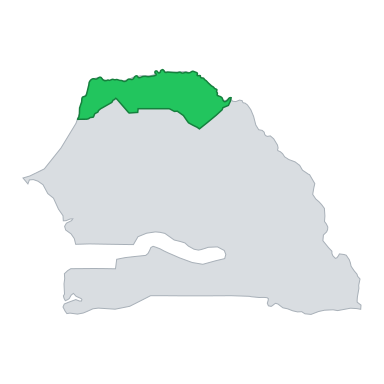 Senegal, with Saint-Louis highlighted
{"feature_id": "SEN-5517", "entity_name": "Saint-Louis", "entity_type": "Region", "adm_level": 1, "iso_a3": "SEN", "parent_name": "Senegal", "parent_adm1": "", "projection": "albers", "projection_center": [-15.156, 16.165], "detail": "fine", "context": "in_parent", "style": "filled", "palette": "green", "viewbox_px": 384, "rotation_deg": 0, "n_neighbors": 0, "source": "natural_earth", "source_scale": "10m", "svg_char_len": 5781}
<svg xmlns="http://www.w3.org/2000/svg" viewBox="0 0 384 384"><path d="M309.6,174.7L314.8,183.6L313.8,188.0L312.7,194.4L315.7,198.9L319.1,201.9L321.6,204.6L324.4,208.4L324.9,216.0L324.5,221.5L326.3,223.9L327.8,227.0L327.6,229.6L326.6,231.9L323.4,235.0L322.9,240.7L328.4,247.5L331.9,251.2L331.9,253.4L332.8,255.7L335.4,258.4L337.0,257.7L338.6,255.5L339.4,253.9L344.0,254.5L346.2,255.2L349.2,259.6L350.3,262.6L351.1,266.3L354.3,271.0L357.0,274.2L357.6,276.3L360.0,279.0L358.7,285.3L358.9,288.4L357.4,296.8L357.1,300.7L357.2,302.2L361.0,305.1L360.7,309.3L356.9,308.6L350.5,308.2L337.6,310.6L333.1,309.8L324.6,310.2L318.6,311.5L311.0,314.4L305.0,313.8L301.7,311.7L297.5,311.9L292.7,310.8L287.6,308.8L282.9,307.8L277.9,304.0L275.5,303.3L273.9,304.4L272.5,305.6L271.1,306.4L268.4,305.8L267.3,303.2L268.1,300.7L268.4,298.7L267.1,297.7L264.0,297.4L259.1,297.5L251.1,296.7L249.3,296.3L231.4,295.7L212.9,295.8L197.3,295.8L177.5,295.8L163.6,295.7L150.6,295.7L140.6,300.8L129.7,306.3L115.1,309.2L98.3,308.1L92.9,308.8L87.4,311.3L83.3,313.0L77.5,314.1L70.0,313.1L66.9,313.6L65.1,311.1L63.0,307.0L64.3,304.0L68.9,302.1L75.8,299.6L79.4,301.0L81.5,301.0L81.9,299.4L81.2,298.6L76.1,296.3L73.4,293.4L71.2,295.1L69.2,298.6L67.6,299.7L65.3,300.7L64.0,298.2L63.4,295.9L64.5,294.1L64.0,283.9L64.7,278.5L64.4,273.7L67.7,270.6L70.8,268.7L82.7,268.6L93.9,268.5L104.6,268.6L115.5,268.8L116.7,259.3L120.1,258.6L125.3,257.6L134.9,256.5L145.7,255.4L148.0,253.5L149.7,250.3L150.9,247.5L153.1,246.3L156.1,247.3L160.0,248.8L164.1,251.0L168.8,253.2L171.9,254.5L179.4,257.8L192.2,262.5L202.8,264.3L215.5,260.8L224.7,258.6L225.8,254.5L224.3,250.5L217.5,246.9L208.2,247.3L205.3,248.3L201.0,249.6L198.4,250.1L194.0,249.2L188.4,246.1L184.9,242.9L180.0,241.4L174.2,240.0L164.9,233.4L160.0,232.3L155.4,231.9L146.6,233.2L138.0,236.7L133.4,244.6L124.8,244.5L106.4,244.2L89.6,243.9L75.7,244.3L74.3,238.6L71.1,233.9L65.7,230.0L64.6,226.4L66.4,223.2L71.6,220.6L72.8,218.8L70.1,219.0L66.0,220.7L63.3,220.8L63.0,215.7L58.5,209.2L53.5,198.2L47.8,193.6L43.0,184.7L38.0,181.2L33.4,179.6L29.4,179.9L27.9,183.9L23.0,178.0L29.8,176.0L44.3,168.9L61.0,148.0L76.0,123.3L78.0,117.5L79.8,113.0L81.1,102.9L83.2,96.9L85.2,95.7L87.8,91.1L90.8,83.0L94.3,78.5L98.1,77.6L101.1,78.0L103.2,79.7L109.4,80.8L119.7,81.2L127.7,80.0L133.3,77.2L140.7,75.8L149.9,75.8L154.7,74.6L155.2,72.2L156.4,71.5L158.3,72.5L160.1,72.1L161.7,70.4L163.4,70.3L165.1,71.8L172.8,72.2L186.4,71.6L199.1,75.8L210.7,84.8L216.7,90.9L217.1,93.9L219.1,97.0L222.5,100.0L225.7,100.6L228.6,98.6L230.9,98.8L232.5,101.2L235.8,101.6L239.5,100.1L242.1,100.6L242.6,102.0L243.2,102.8L245.0,103.1L247.4,104.9L250.8,109.7L253.6,116.4L255.8,125.0L258.7,129.7L262.2,130.4L264.2,132.2L264.6,134.2L265.6,135.6L267.3,136.4L270.3,135.9L273.7,138.8L277.5,145.1L278.1,148.0L277.6,149.5L277.8,150.6L280.3,151.7L282.6,153.7L284.6,156.8L288.7,159.5L295.1,161.9L299.7,165.4L302.5,170.2L308.4,174.2L309.6,174.7Z" fill="#d9dde1" stroke="#a8b0b8" stroke-width="1"/><path d="M164.0,70.8L164.4,71.6L165.0,72.3L166.0,72.5L167.6,72.1L176.8,72.7L177.5,72.7L179.3,72.2L179.8,72.2L180.3,72.3L181.8,73.0L182.4,73.1L183.0,73.1L185.3,72.4L185.9,72.4L188.0,72.9L188.6,72.9L189.2,72.8L189.8,72.7L190.3,72.4L191.7,71.6L192.2,71.3L193.3,71.3L196.7,72.6L197.1,72.9L197.4,73.3L197.4,73.9L197.1,75.0L197.2,75.4L197.7,75.7L199.7,75.5L200.3,75.7L200.4,76.2L200.5,77.2L200.8,77.6L201.4,77.9L202.7,78.0L203.3,78.1L203.7,78.3L204.6,79.5L205.0,79.9L206.3,80.8L208.2,82.9L211.4,85.9L213.2,86.9L213.6,87.2L214.5,88.4L215.0,88.7L216.1,89.1L216.6,89.4L216.9,89.7L216.9,90.1L216.6,91.0L216.5,91.5L216.6,91.9L217.1,92.6L217.4,93.1L217.4,93.5L217.1,94.5L217.3,95.4L218.3,95.9L220.4,96.6L220.8,96.8L221.7,97.5L222.1,97.9L222.3,98.3L222.8,99.8L223.1,100.4L223.4,100.9L223.8,101.3L224.3,101.6L224.8,101.7L225.2,101.6L225.6,101.5L226.5,101.0L227.4,100.3L227.8,99.9L228.7,98.5L229.1,98.1L229.6,97.8L230.1,97.7L230.6,97.6L231.1,97.7L231.0,98.4L230.7,99.4L230.4,100.1L230.6,100.7L228.4,105.4L222.9,107.7L222.1,109.8L216.1,115.3L207.4,122.5L199.4,128.9L197.2,127.3L193.1,125.3L188.5,122.8L186.2,119.6L183.4,115.5L177.3,111.2L174.4,111.4L170.1,109.1L169.2,108.7L138.1,108.7L137.7,112.4L129.2,113.0L128.6,112.6L117.5,99.8L116.4,98.7L115.7,98.3L115.4,98.7L115.2,98.9L114.3,99.6L113.2,100.1L113.0,100.3L112.8,100.5L112.6,101.0L112.1,102.0L111.7,102.4L111.3,102.7L101.1,108.5L100.8,108.6L98.9,110.2L98.5,110.6L98.4,110.8L98.2,111.1L98.1,111.7L97.9,112.0L97.7,112.2L95.3,113.4L94.8,113.8L94.4,114.5L93.7,116.4L93.5,116.8L93.1,117.2L92.3,117.3L91.5,117.4L90.5,117.5L89.8,117.8L88.6,118.7L87.6,119.0L86.5,119.2L77.8,119.3L77.7,119.3L77.6,119.1L78.9,117.0L79.4,113.9L79.6,107.8L79.9,107.1L80.7,104.6L81.6,102.4L81.9,98.6L82.3,97.4L83.1,96.8L85.1,96.3L85.9,95.7L86.3,95.2L86.5,94.5L88.8,85.0L89.1,82.7L89.5,81.7L90.2,80.6L91.2,79.6L92.4,78.9L93.6,78.7L95.4,79.1L96.0,79.1L96.6,79.0L97.2,78.7L98.8,77.6L99.4,77.3L100.1,77.2L100.7,77.3L101.2,77.6L101.6,78.1L102.3,79.0L103.2,80.0L104.3,80.6L105.5,80.7L106.8,80.5L107.2,80.3L107.6,80.1L108.0,80.0L108.4,80.1L109.1,80.4L109.5,80.4L109.9,80.3L112.0,79.4L112.8,79.3L114.7,79.8L115.1,79.8L116.4,79.5L117.3,79.6L119.7,80.4L121.5,80.5L122.0,80.6L123.2,81.3L124.1,81.5L124.9,81.4L125.7,81.2L126.5,80.7L127.7,79.6L128.3,79.2L129.1,79.1L131.4,79.5L132.2,79.5L132.9,79.1L133.4,78.7L134.7,76.8L135.4,76.2L136.2,75.8L137.0,75.9L137.5,76.3L137.8,76.9L138.2,77.4L138.8,77.7L139.6,77.7L140.4,77.5L142.7,76.5L143.5,76.4L145.3,76.3L147.8,76.7L148.7,76.7L154.5,75.8L155.6,75.3L156.0,75.1L156.2,74.8L156.2,74.3L156.1,74.0L155.2,73.1L154.9,72.4L155.0,71.6L155.4,71.1L156.2,70.9L157.0,71.1L157.5,71.7L157.9,72.3L158.5,72.8L158.8,73.0L159.3,72.9L159.6,72.8L160.0,72.5L160.2,72.2L160.4,71.8L160.5,71.0L160.9,70.5L161.4,70.1L162.6,69.6L163.2,69.9L164.0,70.7L164.0,70.8Z" fill="#22c55e" stroke="#15803d" stroke-width="1.5"/></svg>